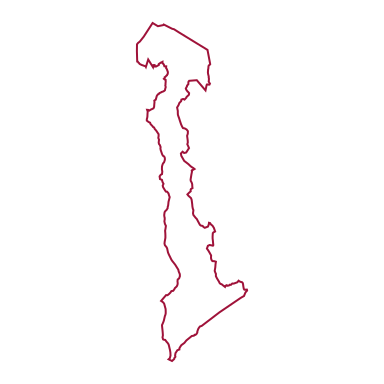 the district of San Miguel Amatlán, Oaxaca, Mexico
{"feature_id": "50627088B29039475897325", "entity_name": "San Miguel Amatlán", "entity_type": "district", "adm_level": 2, "iso_a3": "MEX", "parent_name": "Mexico", "parent_adm1": "Oaxaca", "projection": "equal_earth", "projection_center": [-96.46, 17.2], "detail": "fine", "context": "isolated", "style": "outline", "palette": "rose", "viewbox_px": 384, "rotation_deg": 0, "n_neighbors": 0, "source": "geoboundaries", "source_scale": "gbopen_adm2", "svg_char_len": 5851}
<svg xmlns="http://www.w3.org/2000/svg" viewBox="0 0 384 384"><path d="M247.1,290.6L246.9,289.6L244.4,289.7L243.8,288.9L243.3,286.2L243.1,284.5L242.8,283.1L242.0,282.2L240.7,281.9L239.5,281.4L238.6,280.7L237.3,282.3L233.7,283.6L232.3,283.5L230.8,284.9L229.8,284.7L228.9,285.5L227.1,285.8L226.7,285.2L225.4,285.8L225.0,286.9L223.3,285.6L221.6,284.2L220.5,283.9L219.6,283.0L219.0,281.7L218.1,280.2L217.0,278.4L215.9,276.2L215.9,273.8L215.4,272.8L214.7,270.9L215.3,267.3L215.5,264.5L215.9,261.7L214.4,261.2L212.4,261.1L211.4,259.7L211.0,258.0L211.1,255.4L210.3,254.0L209.6,252.7L208.1,250.2L206.9,248.6L207.9,245.8L209.6,245.0L211.2,245.3L212.9,245.7L213.3,245.1L213.1,243.2L212.9,240.9L212.6,238.4L212.6,236.4L212.8,233.2L213.4,232.4L215.1,231.5L213.9,227.9L212.5,225.7L210.9,224.4L210.1,223.1L209.0,222.8L208.9,223.8L208.4,225.5L207.9,226.6L204.8,227.8L203.5,227.0L202.6,225.9L200.9,225.6L199.9,224.8L198.0,221.3L196.8,219.0L195.7,217.9L193.4,215.0L193.0,213.3L193.4,210.1L192.8,208.6L192.4,206.5L192.2,204.1L191.8,201.0L191.6,199.7L191.0,198.1L189.8,197.0L188.9,196.2L188.1,195.4L187.4,194.4L188.9,192.9L190.7,191.3L190.6,189.9L191.0,189.0L192.5,188.1L192.3,186.5L192.2,184.3L191.7,182.6L190.7,180.8L190.6,179.5L191.4,174.5L192.0,171.5L191.7,170.7L192.1,170.1L193.1,169.8L194.5,169.0L193.4,168.1L191.8,167.1L190.8,166.4L189.5,165.2L188.5,164.2L186.7,162.8L184.2,160.9L181.3,155.8L180.9,153.5L182.6,151.7L184.1,153.0L186.2,152.5L189.0,148.1L188.2,146.2L187.3,144.2L187.8,142.6L187.7,140.4L187.1,135.8L187.8,133.7L187.9,131.2L186.6,129.5L184.7,128.4L183.0,128.1L182.1,126.6L181.1,124.4L180.6,122.9L179.8,120.5L179.1,118.2L178.5,116.6L177.9,114.8L177.8,113.0L177.8,110.9L177.1,107.5L178.5,105.2L179.4,102.9L181.1,101.2L181.4,99.6L181.8,99.5L182.6,99.1L183.3,99.0L184.5,99.6L186.3,97.7L186.6,96.9L188.8,94.9L189.0,94.3L189.1,93.1L188.6,92.6L188.1,91.9L187.5,91.5L187.1,90.9L186.2,89.6L185.8,88.5L187.0,86.3L187.1,85.5L188.3,84.3L188.4,82.0L188.7,81.4L189.2,80.8L196.8,80.2L205.5,90.4L206.6,85.1L207.1,84.4L207.5,84.5L208.3,84.6L208.8,84.6L209.5,84.6L210.1,84.0L210.3,84.3L208.7,81.6L208.9,79.8L208.9,78.2L208.7,77.6L208.7,76.4L208.1,74.0L207.9,72.3L208.0,71.0L208.1,69.3L208.3,68.8L208.5,66.2L208.8,65.4L209.4,65.1L210.2,64.2L207.5,49.9L178.8,32.3L174.1,29.3L173.9,29.2L172.2,28.8L163.7,24.5L163.2,25.1L157.9,26.2L152.6,23.0L143.7,36.7L139.8,41.6L138.1,42.9L137.0,44.3L136.9,51.1L137.2,61.5L137.8,61.6L138.4,62.6L138.9,62.9L139.2,63.3L139.5,63.8L140.1,64.2L140.6,64.4L141.3,64.8L142.0,65.1L142.7,65.3L143.5,65.6L144.3,65.9L145.0,66.1L145.7,66.5L145.9,66.9L148.2,59.5L153.0,67.2L153.4,65.1L154.2,65.0L154.6,65.1L154.8,65.2L154.8,65.5L154.7,65.8L154.6,66.2L154.6,66.4L154.6,66.5L155.7,66.5L156.1,66.5L158.8,65.0L158.8,64.0L161.2,62.4L161.6,62.5L162.0,62.3L162.3,61.9L162.5,61.8L162.5,62.3L162.6,63.4L162.7,63.5L163.0,63.6L163.3,63.8L163.5,64.1L163.8,64.5L164.0,65.0L164.1,65.4L164.2,65.8L164.3,66.1L164.4,66.3L164.6,66.3L166.2,66.3L166.1,68.1L166.5,68.7L166.7,68.9L167.0,69.5L167.1,69.8L167.2,70.3L167.4,70.7L167.4,70.9L167.6,71.2L167.6,71.3L167.8,71.7L167.8,72.0L167.9,72.6L167.7,74.0L167.3,74.4L167.2,74.6L167.1,75.0L167.0,75.3L166.5,75.6L166.2,75.9L165.4,76.8L165.0,77.0L164.9,77.1L164.8,77.5L164.7,77.5L164.7,77.9L164.6,78.0L164.4,78.4L164.1,78.6L163.9,78.8L164.7,79.5L165.6,79.8L165.7,81.2L165.6,82.5L165.5,83.8L165.5,84.7L165.3,85.5L165.6,86.5L165.7,87.1L165.6,87.6L165.3,88.4L165.2,89.0L164.9,90.3L164.2,90.9L162.7,91.7L161.5,92.0L160.6,92.7L159.8,92.9L159.3,93.2L158.7,94.1L158.1,94.2L157.5,94.9L157.0,95.6L156.6,96.4L156.5,97.0L156.2,98.1L156.0,98.6L155.8,99.6L154.3,100.6L154.5,102.0L154.3,104.1L154.1,106.9L153.5,108.3L152.4,108.9L150.8,109.6L149.2,110.6L148.2,109.9L147.1,109.8L147.7,111.6L147.5,113.9L147.4,116.5L147.2,117.8L146.8,119.2L146.8,120.6L148.6,122.0L150.1,122.7L150.5,124.0L151.4,125.0L152.3,125.9L153.2,127.1L154.1,127.5L154.7,128.9L156.2,130.6L157.4,132.4L158.6,134.2L158.6,136.0L158.3,137.9L159.0,139.7L158.7,142.6L159.0,144.0L159.9,145.1L160.6,147.1L160.4,148.4L160.7,150.1L161.2,151.5L162.1,154.2L162.9,155.7L164.2,156.5L164.8,157.9L164.9,159.3L164.7,160.4L164.0,162.4L163.1,163.3L162.6,164.4L162.0,166.4L161.9,169.3L162.3,171.6L162.0,174.1L160.7,174.8L159.6,176.4L160.0,179.1L161.9,179.8L162.6,182.2L163.5,183.8L162.7,185.7L163.1,187.2L165.1,190.5L165.9,191.6L167.1,191.7L168.5,193.4L169.1,195.6L169.7,197.1L169.0,199.9L168.5,201.9L168.3,204.1L168.1,205.7L167.7,206.9L167.6,208.3L166.5,210.0L165.3,211.1L164.6,212.2L164.4,213.6L164.2,215.1L164.4,216.8L164.7,217.9L164.7,219.4L164.4,221.3L164.9,223.8L165.9,225.9L165.5,228.7L165.1,230.7L165.3,233.0L165.4,235.3L165.4,237.8L165.1,239.5L164.7,241.6L164.5,243.6L164.9,245.2L166.4,247.0L167.1,248.3L168.0,252.5L168.9,254.6L170.1,257.0L171.0,258.9L171.9,260.5L175.2,264.7L176.0,266.0L177.0,267.6L178.3,269.7L178.7,271.5L179.8,274.1L179.9,276.2L179.1,278.4L177.7,279.5L177.5,281.4L177.7,283.2L177.5,284.7L176.8,286.3L175.9,287.2L174.9,288.1L174.3,289.3L173.2,290.8L171.4,291.1L170.4,292.6L168.9,294.1L167.5,295.2L166.1,295.1L161.1,300.9L162.0,301.5L163.3,302.5L164.2,303.8L164.9,306.4L165.6,309.0L165.7,311.0L165.7,313.3L165.4,314.8L164.9,316.0L163.9,320.4L163.4,321.9L162.6,323.8L162.0,325.1L162.1,326.5L162.3,328.4L162.5,330.2L162.7,332.4L162.9,335.4L162.5,337.4L163.1,339.4L164.1,339.8L165.2,339.9L166.5,341.7L167.6,342.9L168.6,344.4L169.1,346.3L169.5,348.1L170.0,350.1L170.4,352.6L170.5,355.6L169.8,358.2L168.6,359.3L172.0,361.0L174.2,359.0L174.4,358.0L175.4,356.8L175.1,355.5L175.5,353.1L177.4,350.2L179.4,349.5L179.4,348.3L180.0,347.2L181.3,345.2L184.4,342.9L185.5,341.5L186.4,340.4L191.8,336.0L193.9,335.7L194.6,334.8L195.4,334.9L196.4,334.1L197.3,332.6L197.3,331.7L197.7,330.4L198.4,328.6L199.0,327.7L199.9,326.5L201.7,325.9L219.5,312.3L240.4,298.1L241.7,297.3L244.0,296.0L244.2,295.5L245.3,292.8L245.8,292.0L247.1,290.6Z" fill="none" stroke="#9f1239" stroke-width="2"/></svg>